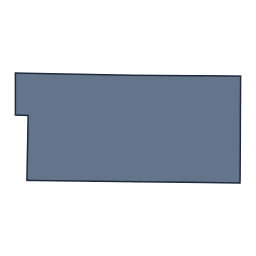 Conhelo, La Pampa, Argentina
{"feature_id": "61730980B19911830788880", "entity_name": "Conhelo", "entity_type": "district", "adm_level": 2, "iso_a3": "ARG", "parent_name": "Argentina", "parent_adm1": "La Pampa", "projection": "mercator", "projection_center": [-64.66, -36.033], "detail": "fine", "context": "isolated", "style": "filled", "palette": "slate", "viewbox_px": 256, "rotation_deg": 0, "n_neighbors": 0, "source": "geoboundaries", "source_scale": "gbopen_adm2", "svg_char_len": 587}
<svg xmlns="http://www.w3.org/2000/svg" viewBox="0 0 256 256"><path d="M15.4,115.0L16.7,115.1L27.4,115.4L28.1,115.4L27.7,139.9L26.9,180.4L61.2,180.8L68.5,180.9L88.5,181.1L90.7,181.2L102.6,181.3L111.4,181.4L119.0,181.5L125.2,181.6L129.2,181.6L130.0,181.6L132.6,181.7L133.5,181.7L197.1,182.4L240.0,183.0L240.1,176.1L240.3,143.5L240.4,111.3L240.5,97.4L240.6,76.1L219.3,75.9L208.0,75.8L187.3,75.7L135.7,75.3L134.7,75.3L91.4,74.5L59.2,73.9L17.6,73.1L15.4,73.0L15.4,74.5L15.4,85.1L15.4,94.2L15.4,95.6L15.4,98.8L15.4,109.1L15.4,115.0Z" fill="#64748b" stroke="#1e293b" stroke-width="1.5"/></svg>